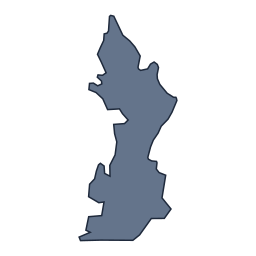 outline of Chartak, Namangan, Uzbekistan
{"feature_id": "79887680B43665894395177", "entity_name": "Chartak", "entity_type": "district", "adm_level": 2, "iso_a3": "UZB", "parent_name": "Uzbekistan", "parent_adm1": "Namangan", "projection": "albers", "projection_center": [71.805, 41.256], "detail": "fine", "context": "isolated", "style": "filled", "palette": "slate", "viewbox_px": 256, "rotation_deg": 0, "n_neighbors": 0, "source": "geoboundaries", "source_scale": "gbopen_adm2", "svg_char_len": 1174}
<svg xmlns="http://www.w3.org/2000/svg" viewBox="0 0 256 256"><path d="M80.5,240.6L100.8,240.1L132.9,240.3L139.6,234.9L151.3,218.5L164.3,218.4L171.0,209.0L162.0,197.9L165.7,175.2L159.1,172.6L156.3,169.0L157.0,162.8L156.5,161.4L151.6,160.9L148.4,159.2L147.8,157.4L150.6,146.8L153.3,140.1L158.1,133.1L161.2,126.2L168.0,119.2L172.0,112.2L176.9,100.5L176.4,98.3L175.9,97.3L173.6,97.3L167.2,93.3L159.8,84.4L157.4,78.8L157.1,74.7L158.5,67.6L157.3,64.4L154.1,62.0L150.5,64.1L147.6,68.9L140.6,70.4L138.5,68.9L138.0,67.2L140.2,56.0L134.9,46.9L129.7,40.9L122.8,35.2L113.8,16.2L110.7,15.4L109.5,16.4L108.5,31.0L107.0,33.2L104.4,33.8L104.2,33.3L103.7,40.5L100.3,47.7L97.5,54.3L101.3,62.1L106.1,72.8L102.5,75.3L98.0,74.9L97.3,77.2L101.5,81.0L101.8,83.9L97.7,85.8L93.4,83.1L89.5,83.4L88.9,89.6L96.0,92.5L102.8,98.8L107.6,109.6L119.5,108.9L122.5,113.7L128.1,120.0L124.5,123.6L113.7,124.4L114.6,133.7L116.8,141.9L115.1,154.9L109.8,165.3L110.0,176.2L104.6,173.4L104.1,166.0L100.4,163.3L98.5,164.9L96.4,171.0L94.6,178.9L89.6,184.2L88.6,196.7L98.8,202.7L104.0,202.0L101.7,215.6L88.7,216.7L85.9,230.2L90.2,232.3L79.1,237.1L80.5,240.6Z" fill="#64748b" stroke="#1e293b" stroke-width="1.5"/></svg>